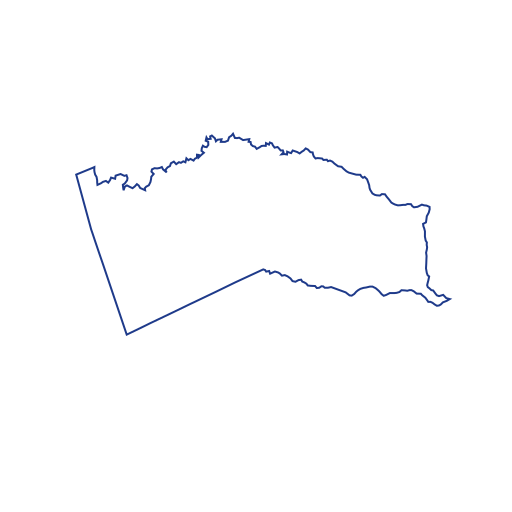 outline of Mirante da Serra, Rondônia, Brazil, rotated 200°
{"feature_id": "56859067B54774050991451", "entity_name": "Mirante da Serra", "entity_type": "district", "adm_level": 2, "iso_a3": "BRA", "parent_name": "Brazil", "parent_adm1": "Rondônia", "projection": "natural_earth1", "projection_center": [-62.897, -11.045], "detail": "fine", "context": "isolated", "style": "outline", "palette": "blue", "viewbox_px": 512, "rotation_deg": 200, "n_neighbors": 0, "source": "geoboundaries", "source_scale": "gbopen_adm2", "svg_char_len": 3857}
<svg xmlns="http://www.w3.org/2000/svg" viewBox="0 0 512 512"><g transform="rotate(200 256 256)"><path d="M92.2,275.6L88.2,276.9L86.5,276.0L82.6,274.7L80.2,273.1L78.4,271.8L76.4,272.6L74.1,272.4L71.6,271.6L69.0,271.1L67.1,272.1L65.8,273.6L64.5,276.4L61.4,279.1L59.2,281.8L62.8,281.5L66.8,283.5L70.3,280.9L72.6,280.9L74.6,282.1L77.7,284.2L79.6,283.9L82.1,285.0L83.9,285.5L85.2,287.1L85.5,289.5L85.7,291.9L86.3,296.0L88.1,296.6L89.7,298.5L92.0,302.5L93.5,307.4L94.8,311.4L95.7,314.3L97.3,317.3L97.7,320.5L98.2,322.8L99.4,324.8L100.1,327.2L101.8,328.5L103.9,332.0L105.7,337.0L107.4,339.5L108.8,341.1L110.0,343.3L107.8,345.7L108.3,348.3L109.1,351.8L108.5,355.9L108.8,359.3L109.7,361.5L113.0,361.7L115.4,361.1L117.7,361.0L121.0,357.5L124.2,355.8L126.2,356.3L128.1,357.7L131.5,356.6L133.0,355.2L135.2,354.4L138.1,352.9L140.1,352.1L143.0,351.9L145.0,352.1L147.1,352.5L150.5,354.7L153.5,356.4L155.9,358.1L158.9,357.2L160.2,355.2L163.4,354.3L165.3,354.1L168.0,354.6L171.3,357.2L172.6,358.8L173.9,361.3L175.7,363.5L177.9,366.1L181.0,367.5L182.2,366.1L184.2,366.8L185.7,368.0L189.7,366.7L193.3,366.4L197.3,366.1L199.9,366.5L203.6,367.9L206.1,369.1L209.6,368.4L214.0,369.7L216.5,370.8L219.1,371.0L220.8,369.7L222.4,370.7L225.5,369.3L227.2,370.2L229.7,369.6L231.8,369.0L233.4,368.0L235.7,369.3L237.1,370.9L238.2,372.7L240.4,372.2L243.6,373.8L246.1,374.1L247.2,371.5L248.6,369.7L250.1,367.3L252.8,367.8L257.6,367.7L258.2,364.7L260.3,364.6L262.4,364.7L261.6,362.0L264.3,361.5L266.7,360.3L265.6,362.9L266.9,364.4L268.9,363.6L271.1,364.9L273.0,365.8L275.6,364.2L278.0,365.8L279.5,367.3L281.8,367.4L281.9,365.1L285.2,365.5L284.5,362.8L286.6,362.2L288.4,361.3L289.7,359.5L292.0,356.9L294.3,358.4L296.6,358.2L298.8,359.1L300.1,361.3L302.0,360.8L302.3,363.5L307.8,360.5L312.3,361.4L314.1,360.3L316.2,359.7L319.4,363.0L320.2,360.7L321.9,358.4L321.8,354.8L324.1,352.7L328.1,351.2L328.3,353.9L331.9,352.1L332.9,350.1L334.8,352.5L338.7,354.1L340.0,352.7L338.7,350.6L341.5,349.2L343.1,350.5L342.7,347.1L340.0,347.0L338.8,344.1L339.6,341.4L341.7,341.0L343.6,341.5L343.8,338.7L343.2,336.2L340.3,335.2L342.1,332.1L343.5,329.1L344.3,331.4L346.1,331.0L345.1,328.2L346.7,326.5L347.3,324.3L350.8,324.8L352.3,322.9L354.8,324.0L354.4,319.9L356.7,320.1L358.4,317.9L360.5,317.8L362.4,315.0L365.5,316.6L367.7,314.0L367.6,311.1L369.4,309.1L370.6,305.9L368.6,304.0L373.0,305.6L374.9,307.4L376.6,305.8L378.8,304.5L381.4,303.8L383.4,301.8L383.1,299.5L380.2,298.1L381.5,294.7L380.9,292.3L380.5,289.4L380.9,285.8L382.9,283.6L383.7,281.7L382.7,279.9L388.1,280.3L390.3,282.1L392.5,282.8L393.7,279.9L395.2,277.5L398.5,277.8L401.4,278.2L403.0,276.3L402.9,272.5L404.2,274.8L405.5,277.4L404.1,279.2L403.0,283.0L403.4,285.3L405.3,287.6L407.1,286.3L411.3,286.7L415.4,283.5L414.8,280.4L419.0,280.1L419.1,277.5L419.9,274.4L422.7,275.2L425.2,273.3L426.5,271.4L429.3,268.6L430.3,270.6L431.2,272.9L432.9,275.8L435.0,277.5L436.5,279.7L437.4,281.5L438.3,284.3L439.6,283.0L452.8,271.0L420.0,224.6L417.0,220.9L412.0,214.6L404.3,205.0L397.1,196.1L350.6,137.9L336.2,152.7L332.4,156.7L314.6,174.8L300.8,189.0L298.5,191.3L281.5,208.6L266.4,224.2L244.6,245.9L242.6,245.9L241.1,244.8L238.5,246.4L236.7,244.2L232.9,247.9L229.6,248.1L227.6,247.7L224.9,246.4L222.4,247.9L219.4,247.7L215.9,246.7L213.1,244.9L210.1,245.3L207.8,247.9L205.5,249.2L203.8,247.8L201.4,247.7L199.1,247.2L197.3,246.0L194.3,246.7L190.2,248.0L187.9,246.7L185.7,247.8L184.2,249.9L182.5,250.4L180.6,249.7L177.7,250.7L174.8,252.5L165.4,252.5L162.0,252.5L159.3,252.5L154.6,251.0L152.5,251.5L150.7,253.9L149.6,256.7L148.4,258.7L146.7,260.8L144.1,262.8L141.7,264.1L138.5,266.2L136.1,267.1L132.6,266.7L130.4,265.9L128.2,265.0L126.6,264.1L124.9,263.1L122.4,262.3L120.4,263.9L117.5,267.0L113.5,268.4L111.2,269.5L108.9,271.2L107.6,273.6L104.2,274.6L101.9,275.1L100.1,276.4L98.3,277.1L95.7,276.8L92.2,275.6Z" fill="none" stroke="#1e3a8a" stroke-width="2"/></g></svg>